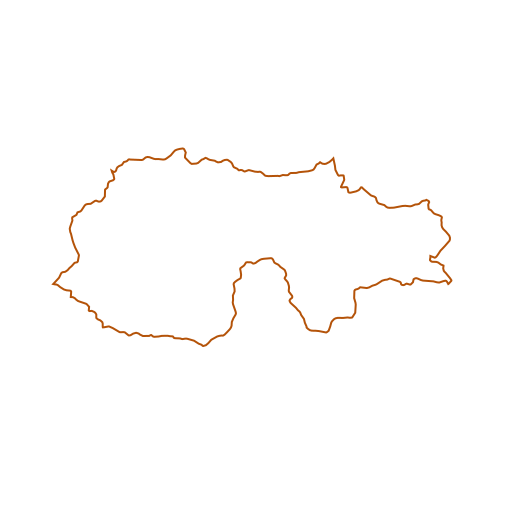 the district of Sa Pa, Lào Cai, Vietnam, rotated 130°
{"feature_id": "81297802B16025441122040", "entity_name": "Sa Pa", "entity_type": "district", "adm_level": 2, "iso_a3": "VNM", "parent_name": "Vietnam", "parent_adm1": "Lào Cai", "projection": "orthographic", "projection_center": [103.926, 22.315], "detail": "fine", "context": "isolated", "style": "outline", "palette": "amber", "viewbox_px": 512, "rotation_deg": 130, "n_neighbors": 0, "source": "geoboundaries", "source_scale": "gbopen_adm2", "svg_char_len": 6155}
<svg xmlns="http://www.w3.org/2000/svg" viewBox="0 0 512 512"><g transform="rotate(130 256 256)"><path d="M358.9,238.6L356.5,237.0L353.3,236.5L349.0,236.4L348.1,236.1L342.6,234.0L340.8,232.8L339.1,231.3L338.2,230.1L336.5,229.5L333.0,229.2L328.9,229.0L326.9,229.2L325.1,229.9L322.1,232.1L318.2,233.3L313.9,234.0L312.7,234.6L311.7,235.9L307.7,242.6L306.5,244.0L304.4,245.3L301.1,248.3L296.9,249.6L294.8,251.5L292.0,255.0L291.0,255.5L289.2,255.4L286.3,254.7L283.4,253.6L282.6,253.6L280.0,255.3L277.8,257.7L276.3,259.6L275.7,260.0L275.3,260.1L271.3,259.1L269.9,259.1L268.2,259.4L267.2,259.4L266.3,258.6L264.3,256.1L263.9,255.4L263.7,253.5L263.3,252.9L261.7,251.9L259.4,251.4L256.5,250.5L255.0,249.8L253.2,248.3L248.0,243.1L247.6,242.0L247.8,240.7L249.2,237.8L249.1,236.4L248.4,233.8L248.4,232.1L248.7,230.5L248.3,226.0L248.4,224.7L249.4,222.9L250.3,221.5L251.4,220.5L252.9,220.1L253.8,220.1L254.7,219.7L255.1,218.5L255.4,216.2L255.8,214.6L257.7,211.7L258.8,210.5L261.4,208.7L262.2,207.8L263.3,202.8L263.8,202.1L264.5,201.6L265.0,201.5L266.6,201.9L267.4,201.9L268.5,201.7L269.2,200.8L269.7,199.2L270.0,192.1L270.6,189.0L270.6,187.0L270.9,185.8L272.2,183.4L273.4,178.8L275.7,175.7L277.5,172.0L278.3,171.2L278.4,169.3L278.2,167.1L277.3,165.2L275.1,162.5L273.1,159.6L269.5,153.1L268.6,152.7L266.6,152.3L262.4,153.8L258.5,155.6L257.0,155.8L254.2,155.6L252.6,155.0L250.8,153.6L247.5,149.5L244.2,146.3L243.0,144.4L241.7,143.1L241.2,142.8L235.7,143.5L229.2,148.3L227.9,149.7L225.2,153.7L219.5,158.2L218.5,158.4L217.6,158.1L215.9,156.9L214.7,156.4L213.0,156.1L209.3,150.5L207.3,149.1L204.0,147.8L201.1,145.9L199.7,145.3L193.8,143.5L191.4,141.9L189.7,140.3L187.3,139.1L186.9,138.5L183.3,129.2L183.3,128.1L184.2,126.9L184.4,126.3L184.3,125.6L183.7,124.5L182.8,123.8L181.2,123.3L180.3,122.8L178.9,119.6L178.3,119.2L175.2,118.9L172.6,120.3L172.0,120.2L170.6,119.6L169.8,118.7L169.2,117.2L168.4,114.2L167.5,112.3L161.4,103.8L159.9,100.6L158.6,98.6L154.8,96.3L153.1,95.0L152.8,94.2L153.0,93.0L153.9,90.7L153.6,90.6L149.6,90.4L149.0,90.7L148.3,93.0L147.0,99.9L146.9,101.5L146.6,102.7L145.1,104.7L143.0,106.0L142.8,106.2L143.7,109.0L143.8,111.4L144.0,112.7L144.7,114.2L147.2,117.4L147.5,118.3L147.4,119.9L146.9,120.4L145.0,121.5L143.9,122.4L142.4,118.0L141.7,117.6L140.4,117.4L138.5,117.5L133.3,118.1L126.8,117.7L120.5,117.6L119.8,117.6L118.5,118.2L117.3,119.2L116.2,121.0L115.3,126.1L115.0,129.8L114.4,131.8L113.2,133.6L110.9,135.4L110.1,136.4L109.3,137.2L107.0,138.4L106.7,138.9L106.6,139.3L106.8,140.5L107.3,142.3L108.6,145.4L109.0,146.9L108.9,148.3L108.4,151.2L108.5,152.1L109.0,153.3L108.8,154.2L106.1,157.0L105.5,157.3L103.4,158.0L103.2,158.4L102.9,159.1L103.5,161.6L104.5,161.9L106.2,163.4L107.5,164.1L111.3,164.6L112.6,165.5L114.2,167.1L117.7,168.9L118.9,169.9L121.6,173.9L123.5,175.9L130.4,181.5L133.3,184.7L134.3,186.3L134.6,187.8L134.5,190.4L136.7,195.3L136.9,196.7L136.8,197.5L135.8,199.6L134.5,201.3L134.3,202.5L134.6,204.1L135.2,205.4L135.7,207.0L135.6,216.2L135.4,219.1L136.0,219.7L138.8,219.5L140.1,219.9L142.2,220.9L146.6,224.2L147.2,224.8L147.7,225.9L147.7,226.3L145.1,229.6L144.9,230.2L145.0,230.8L145.5,231.5L148.3,234.3L148.6,235.1L148.3,235.4L141.4,237.2L140.7,237.6L138.2,240.4L138.1,240.7L138.3,241.1L140.0,243.1L141.1,244.0L141.3,244.4L141.2,245.4L139.0,250.5L136.1,253.6L131.5,259.5L133.2,259.6L136.8,260.2L140.2,261.6L141.4,262.6L142.5,264.3L142.8,265.4L143.0,267.2L144.8,267.4L147.0,268.4L151.0,267.6L152.9,267.5L154.4,268.2L157.6,270.5L164.2,277.0L166.3,278.4L170.1,282.7L171.4,283.3L173.1,283.4L173.9,283.9L175.2,285.4L176.7,287.5L179.7,289.3L180.7,290.9L186.9,297.9L188.3,300.0L188.6,300.9L188.4,303.3L188.5,306.0L188.9,307.2L190.3,308.5L192.1,311.1L194.5,316.2L195.0,316.9L198.5,318.9L198.9,319.9L199.1,321.6L199.8,322.9L201.3,324.1L201.4,325.0L201.2,326.3L202.2,330.0L202.0,330.9L200.5,333.9L200.2,335.8L200.6,339.5L201.1,340.3L202.6,341.7L204.5,342.7L206.4,343.2L208.7,345.3L209.3,347.2L209.5,348.8L212.0,353.1L212.5,354.7L212.8,356.6L213.3,357.8L215.6,358.6L217.1,359.5L221.9,360.2L223.5,361.1L226.8,364.5L227.0,366.1L226.3,373.2L226.1,373.8L224.5,375.0L221.9,376.3L220.4,379.7L220.4,380.4L220.7,381.2L222.9,383.2L225.1,384.8L227.0,385.8L229.0,386.0L233.7,386.0L239.0,387.3L240.5,387.9L241.8,389.1L244.4,393.0L246.4,395.3L247.2,396.7L248.8,401.1L249.9,402.8L251.5,403.9L254.8,404.5L255.9,405.2L263.0,414.4L263.5,415.3L264.1,415.7L265.9,415.8L267.1,416.3L268.9,417.6L272.4,417.3L275.1,418.7L277.1,419.2L278.5,419.0L280.5,418.1L281.7,418.1L282.6,418.5L283.1,419.2L283.4,421.4L284.5,419.7L285.2,417.7L287.9,414.3L288.4,414.0L289.9,414.2L293.0,416.1L294.2,416.2L295.8,415.8L298.8,413.8L299.6,413.8L302.0,414.3L302.3,414.2L307.6,410.0L312.9,409.8L314.0,410.1L314.8,410.7L315.5,411.5L316.4,414.1L317.4,414.8L322.3,416.2L324.3,418.3L325.6,419.3L327.3,419.7L333.4,419.0L334.8,419.2L337.3,420.8L339.9,420.0L344.4,421.6L345.2,421.2L346.9,419.4L352.8,417.2L354.7,416.3L355.2,415.8L357.0,413.7L357.9,412.0L361.8,406.7L363.4,404.2L365.8,399.9L368.9,392.6L369.4,392.0L374.7,389.0L375.7,389.0L377.9,390.6L378.3,390.6L382.2,390.7L385.3,391.2L387.7,391.2L389.5,391.6L390.9,392.1L392.7,393.7L393.7,394.1L394.6,394.1L398.8,393.0L399.5,392.9L407.8,393.3L406.9,391.6L406.2,390.7L405.7,389.2L405.7,386.0L405.1,381.6L404.0,379.0L402.2,376.4L401.8,375.6L402.1,374.7L402.6,374.3L406.5,371.5L405.3,369.9L405.1,369.2L404.8,367.6L405.0,365.8L404.9,363.6L404.4,362.1L401.9,355.7L401.7,354.8L402.2,351.2L405.2,349.1L405.3,348.3L405.1,348.0L403.6,346.5L402.9,344.2L402.8,342.8L403.3,341.1L403.6,340.6L405.7,338.9L406.2,338.2L406.1,336.0L405.5,334.4L405.4,333.3L405.5,331.2L406.3,330.0L408.9,327.8L409.1,327.4L408.3,326.6L405.0,323.9L404.4,323.2L403.3,319.4L402.0,311.6L401.5,310.8L399.4,308.5L398.8,307.4L398.7,302.5L397.9,301.6L397.1,301.1L394.4,300.2L391.9,298.5L391.2,297.0L390.8,295.9L390.8,294.6L390.0,291.2L385.8,286.4L384.4,285.9L383.9,285.5L383.8,283.0L383.3,282.0L380.3,278.9L377.7,276.8L373.9,272.4L372.7,270.3L371.1,268.1L371.2,267.2L371.5,266.4L371.1,265.3L368.1,261.4L367.6,260.5L367.5,259.9L366.8,258.8L364.9,257.2L364.1,256.3L363.4,255.1L360.7,249.0L360.0,243.5L359.0,240.7L359.1,239.1L358.9,238.6Z" fill="none" stroke="#b45309" stroke-width="2"/></g></svg>